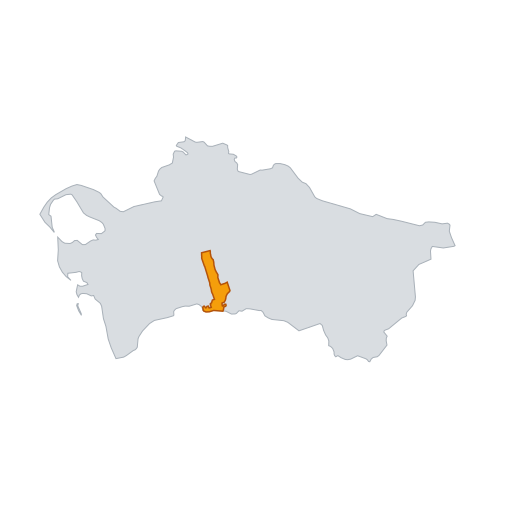 Gokdepe, Ahal, Turkmenistan (highlighted), rotated 343°
{"feature_id": "10190150B73322470423680", "entity_name": "Gokdepe", "entity_type": "district", "adm_level": 2, "iso_a3": "TKM", "parent_name": "Turkmenistan", "parent_adm1": "Ahal", "projection": "orthographic", "projection_center": [57.988, 38.679], "detail": "fine", "context": "in_parent", "style": "filled", "palette": "amber", "viewbox_px": 512, "rotation_deg": 343, "n_neighbors": 0, "source": "geoboundaries", "source_scale": "gbopen_adm2", "svg_char_len": 5018}
<svg xmlns="http://www.w3.org/2000/svg" viewBox="0 0 512 512"><g transform="rotate(343 256 256)"><path d="M153.8,173.0L175.1,174.6L181.7,175.6L184.4,172.5L184.3,171.7L183.3,171.1L181.8,168.9L180.5,154.4L182.4,152.3L184.5,150.8L187.6,146.3L189.3,144.9L191.7,143.8L199.8,143.5L203.2,142.6L206.0,137.4L206.6,134.4L208.8,132.0L210.1,132.0L215.5,134.1L216.7,135.2L218.6,138.9L220.6,138.7L220.9,138.1L220.7,137.2L219.1,134.9L215.7,130.6L212.3,127.9L212.1,127.0L214.9,124.8L220.6,125.7L222.1,125.0L223.5,121.6L231.2,129.3L232.6,130.0L238.6,131.0L239.7,132.0L241.8,136.5L243.9,137.6L246.4,138.4L257.2,138.4L260.6,141.3L261.2,142.0L260.6,144.1L260.5,148.2L259.7,149.8L260.2,150.5L264.1,152.1L266.4,154.6L266.7,155.7L266.1,156.5L264.3,156.2L263.4,157.3L263.5,159.5L264.8,161.4L265.2,163.2L263.5,167.5L263.5,169.2L264.1,170.2L274.1,176.3L275.6,176.5L285.1,175.0L286.9,175.7L295.3,176.8L297.6,176.5L299.1,174.4L300.5,173.6L302.0,173.4L306.0,174.6L310.3,177.1L313.1,179.5L314.6,181.7L319.0,193.9L321.8,198.9L324.9,201.4L327.2,206.1L329.5,216.6L330.8,218.7L335.6,222.6L360.0,238.5L367.6,245.8L379.1,252.5L383.1,251.3L392.3,258.6L398.0,261.2L405.5,265.4L421.2,274.9L424.5,275.1L427.9,273.3L431.2,273.9L437.0,276.1L443.4,279.7L448.7,280.6L450.3,282.3L450.5,283.3L448.1,288.8L448.3,295.5L449.4,304.3L448.0,304.6L437.5,303.1L427.4,298.4L425.3,300.4L424.3,302.3L422.4,310.2L409.3,311.7L401.9,316.1L396.5,341.7L395.2,344.9L391.1,349.3L383.7,353.9L382.6,355.6L382.5,357.1L381.6,357.6L377.3,357.9L361.5,364.4L357.9,364.6L356.6,365.1L356.0,366.1L358.0,371.0L356.6,372.6L355.7,375.1L355.2,379.5L344.8,386.9L342.6,387.8L338.3,387.3L336.1,388.2L333.9,390.4L332.8,389.8L332.1,387.7L330.9,386.3L324.0,381.1L316.4,382.3L313.5,382.0L311.2,381.1L307.6,378.1L305.2,375.2L302.8,375.7L302.1,374.3L302.0,372.6L302.6,370.6L302.3,366.8L300.8,364.2L299.3,363.0L300.8,358.6L300.7,355.4L299.5,351.8L298.9,346.8L299.1,341.8L297.5,339.3L275.2,340.1L267.0,328.7L263.7,326.0L252.6,321.3L249.5,318.7L247.0,315.8L246.3,311.9L245.0,309.6L243.3,309.2L234.6,304.7L231.2,303.5L226.5,304.7L223.7,303.4L220.4,305.2L219.0,305.3L215.5,304.3L211.2,300.1L207.5,298.4L199.9,295.7L194.6,294.9L189.9,293.2L189.4,292.6L189.3,289.1L188.6,287.6L187.3,285.8L185.4,284.5L177.4,284.5L173.7,283.2L170.8,282.9L164.3,283.0L162.2,284.0L161.0,285.1L160.2,288.5L159.5,289.0L153.2,289.0L140.0,287.9L134.4,289.5L125.6,294.5L120.5,298.8L119.0,300.7L115.8,308.5L114.5,309.6L112.8,310.4L111.1,310.5L103.0,313.3L99.9,314.0L92.1,313.2L90.7,301.5L90.4,292.2L91.9,279.5L91.8,271.3L93.7,258.9L93.3,255.8L89.6,250.1L89.2,246.3L86.8,246.0L83.1,242.6L79.3,241.1L77.4,241.0L75.6,241.8L74.2,243.6L73.5,240.6L73.6,237.6L77.0,231.4L78.8,233.4L81.1,234.2L87.0,234.1L86.5,232.0L83.6,229.6L83.2,226.7L83.5,223.8L84.5,221.0L83.6,219.9L82.3,219.1L79.1,219.0L71.0,217.5L69.8,220.8L71.9,225.2L68.4,220.1L66.1,214.9L64.8,208.9L64.9,202.5L68.7,192.4L71.9,180.0L74.7,185.5L76.9,187.9L81.9,189.7L84.4,189.4L87.0,188.2L89.6,188.8L93.3,194.4L96.2,195.2L102.2,193.3L105.0,193.0L107.4,194.0L110.0,194.1L109.0,191.5L108.6,189.0L110.1,187.8L114.7,189.4L118.5,188.0L119.2,187.4L119.7,185.3L119.3,181.0L118.5,179.1L116.5,176.5L108.5,170.1L105.8,167.6L103.6,164.3L100.5,151.7L98.0,143.7L96.9,142.7L92.2,141.8L83.1,143.3L79.9,142.7L78.4,143.5L74.6,146.6L72.7,149.4L69.9,155.8L71.6,158.0L69.5,169.0L70.1,173.8L69.8,174.1L67.3,168.0L64.0,162.0L61.5,152.9L67.3,147.3L72.1,143.5L77.2,140.6L82.4,138.8L94.1,136.1L100.5,135.3L105.6,135.3L109.5,137.4L120.0,145.0L124.5,149.2L125.8,150.9L126.9,154.8L134.4,167.7L136.2,169.5L139.2,173.6L142.1,174.9L153.8,173.0ZM72.0,260.0L71.7,261.7L70.4,256.6L70.0,251.0L71.0,249.4L72.1,249.6L71.0,251.5L72.0,260.0Z" fill="#d9dde1" stroke="#a8b0b8" stroke-width="1"/><path d="M209.1,297.8L209.4,297.5L210.3,295.4L211.0,295.3L212.3,295.2L213.0,294.4L213.0,293.3L211.8,292.9L210.7,293.6L209.3,293.9L209.3,292.8L209.6,291.6L209.7,291.1L210.0,291.1L211.0,290.9L211.3,290.9L212.2,290.8L213.9,289.1L214.1,288.8L214.7,287.6L214.9,287.4L215.3,286.2L216.9,284.3L217.3,284.0L217.6,283.7L219.2,282.8L220.3,282.3L221.0,281.4L220.8,272.6L219.0,273.0L218.9,273.0L218.6,273.1L214.0,273.2L213.9,273.2L213.8,272.5L213.6,271.7L213.3,271.0L213.3,269.1L213.2,266.2L213.2,265.4L214.1,262.8L214.1,262.7L213.3,259.5L212.9,256.8L212.9,256.7L213.0,255.3L213.1,252.5L213.8,249.4L213.9,247.6L214.0,247.1L213.1,245.4L213.1,245.1L212.8,243.7L212.8,242.5L213.0,242.0L213.1,240.1L213.6,238.4L213.7,237.4L204.9,237.0L204.2,239.4L204.0,240.6L203.7,241.3L203.4,242.6L203.7,250.6L203.9,250.9L203.9,261.3L203.8,262.3L203.9,268.2L203.4,270.4L203.5,273.9L203.4,274.3L203.4,275.2L203.1,277.0L203.1,277.4L203.2,278.8L203.3,279.2L203.4,279.7L203.6,285.3L202.6,285.3L201.4,285.4L199.8,287.8L198.5,288.2L198.5,289.0L198.1,289.2L198.2,292.0L197.6,292.0L196.5,292.1L196.4,292.0L195.8,291.7L195.8,290.0L194.6,289.8L194.4,289.9L192.9,291.0L191.8,288.9L191.7,288.7L190.8,289.0L190.1,289.4L189.7,292.6L190.0,293.4L191.8,294.9L194.9,295.7L199.6,295.7L208.2,299.1L208.4,298.9L209.1,297.8Z" fill="#f59e0b" stroke="#b45309" stroke-width="1.5"/></g></svg>